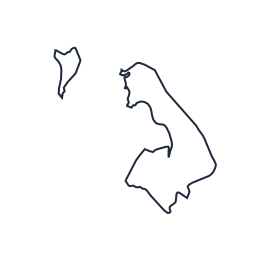 SVG path tracing the border of Kiên Giang, rotated 21°
{"feature_id": "VNM-502", "entity_name": "Kiên Giang", "entity_type": "Province", "adm_level": 1, "iso_a3": "VNM", "parent_name": "Vietnam", "parent_adm1": "", "projection": "orthographic", "projection_center": [104.707, 9.97], "detail": "fine", "context": "isolated", "style": "outline", "palette": "slate", "viewbox_px": 256, "rotation_deg": 21, "n_neighbors": 0, "source": "natural_earth", "source_scale": "10m", "svg_char_len": 2216}
<svg xmlns="http://www.w3.org/2000/svg" viewBox="0 0 256 256"><g transform="rotate(21 128 128)"><path d="M120.9,62.9L129.4,64.0L132.2,64.3L150.7,80.3L190.9,101.4L194.5,104.3L200.4,108.1L203.4,110.7L211.6,119.4L216.9,124.9L219.2,126.7L222.6,129.9L223.3,131.2L223.6,132.6L223.7,135.0L223.4,138.1L222.6,140.8L220.9,143.6L207.8,155.9L205.4,158.9L204.7,161.0L205.3,162.2L206.5,163.2L208.3,165.7L208.2,172.2L200.5,170.3L198.5,170.0L197.3,170.6L196.9,172.1L198.6,178.2L198.9,180.4L197.8,182.4L195.7,185.5L195.3,186.9L195.8,188.4L197.3,190.3L197.6,190.9L197.5,191.5L197.2,192.2L195.5,193.1L191.0,191.8L173.6,183.1L168.2,179.7L166.3,179.0L163.1,179.3L161.3,178.9L160.1,178.8L159.1,179.3L158.5,179.9L157.6,180.2L156.3,180.3L153.7,179.9L150.6,181.5L149.6,181.6L149.1,181.4L144.7,178.3L144.8,175.8L147.2,154.8L149.0,148.4L151.3,141.7L156.6,141.9L160.1,141.4L160.9,139.4L162.8,137.4L169.8,132.2L172.2,131.0L173.4,131.9L173.7,133.7L176.4,141.0L176.4,139.4L175.7,135.0L175.7,130.0L174.9,127.5L173.5,124.9L168.4,118.1L163.9,113.9L161.6,112.5L159.4,112.3L154.9,113.4L152.2,113.3L148.6,111.1L145.9,107.5L143.6,103.6L141.3,100.6L137.6,98.3L133.8,97.8L130.2,98.8L127.3,101.4L126.9,102.6L126.9,103.6L126.6,104.3L125.3,104.6L124.6,105.1L124.2,107.3L123.8,107.8L119.8,107.6L119.5,107.8L118.9,106.8L119.1,106.0L119.5,105.2L119.5,103.8L119.0,103.1L117.5,101.3L117.2,100.2L117.2,97.1L116.7,94.4L115.7,92.8L112.5,90.3L112.0,91.1L111.9,91.4L111.8,91.9L110.9,91.9L110.7,88.7L109.6,86.5L107.1,83.2L106.5,81.7L106.9,81.4L107.7,81.5L108.6,80.8L109.5,79.5L110.1,78.3L110.1,77.2L109.5,76.1L108.6,76.1L107.7,77.8L106.5,79.2L105.0,80.2L103.2,80.8L101.4,80.6L101.3,79.4L101.6,77.5L101.1,76.0L103.2,76.5L104.8,76.2L106.0,75.1L110.7,68.1L111.7,66.3L112.8,64.6L114.3,63.5L116.0,63.1L120.9,62.9ZM59.2,81.6L59.5,83.6L59.5,95.8L55.1,107.0L53.6,113.3L55.6,116.4L54.7,118.9L54.8,120.3L55.2,121.5L55.6,123.5L53.7,122.5L53.3,121.9L51.0,120.9L49.4,115.8L47.9,106.1L44.9,97.4L42.7,93.7L39.4,91.0L35.1,88.8L33.6,87.3L32.7,82.7L32.3,81.5L32.9,81.2L40.1,82.2L42.3,82.1L43.3,81.1L43.5,80.6L44.7,78.8L45.2,78.4L46.2,77.9L46.6,76.8L46.8,75.5L47.1,74.4L48.0,73.3L49.1,72.4L50.4,72.3L51.8,73.7L51.0,72.9L59.2,81.6Z" fill="none" stroke="#1e293b" stroke-width="2"/></g></svg>